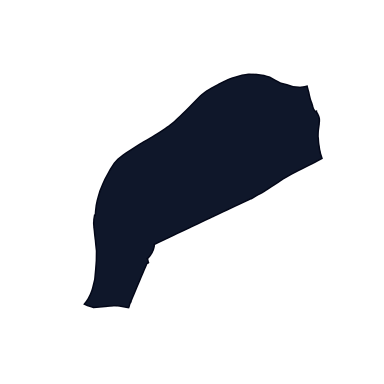 the district of Zwijndrecht, Zuid-Holland, Netherlands, rotated 130°
{"feature_id": "6326949B25601261343635", "entity_name": "Zwijndrecht", "entity_type": "district", "adm_level": 2, "iso_a3": "NLD", "parent_name": "Netherlands", "parent_adm1": "Zuid-Holland", "projection": "natural_earth1", "projection_center": [4.609, 51.824], "detail": "fine", "context": "isolated", "style": "filled", "palette": "ink", "viewbox_px": 384, "rotation_deg": 130, "n_neighbors": 0, "source": "geoboundaries", "source_scale": "gbopen_adm2", "svg_char_len": 5091}
<svg xmlns="http://www.w3.org/2000/svg" viewBox="0 0 384 384"><g transform="rotate(130 192 192)"><path d="M36.9,171.9L38.6,173.1L39.2,173.6L39.8,174.1L40.8,175.0L41.4,175.6L42.0,176.1L42.5,176.6L42.7,176.9L43.3,177.8L46.4,182.2L48.8,188.2L51.7,194.2L52.0,195.6L52.2,196.7L53.0,200.2L54.1,206.3L55.6,209.5L56.6,212.0L56.8,212.2L60.6,218.3L64.3,222.9L64.8,223.6L65.4,224.3L65.8,224.7L67.0,225.7L68.7,227.2L70.0,228.4L70.5,228.8L71.0,229.1L72.3,230.0L73.2,230.6L74.7,231.6L76.8,233.0L79.0,234.5L80.1,235.1L80.7,235.5L81.9,236.1L82.8,236.6L83.0,236.7L85.3,237.7L86.9,238.5L87.2,238.6L89.7,239.7L92.2,240.8L93.0,241.0L95.9,242.2L98.7,243.3L99.6,243.7L101.7,244.4L104.0,245.2L105.0,245.6L107.5,246.2L109.4,246.6L111.2,247.0L112.0,247.1L113.2,247.3L125.8,248.3L128.6,248.5L133.3,248.9L138.0,249.4L141.3,249.7L145.0,250.2L149.7,250.7L152.7,251.3L155.0,251.8L156.2,252.0L158.4,252.7L160.6,253.2L166.4,254.9L170.7,256.3L172.4,256.9L174.4,257.5L176.5,258.2L177.2,258.5L179.0,259.1L181.5,260.0L183.5,260.8L184.8,261.3L185.4,261.5L186.4,261.8L188.0,262.4L189.2,262.8L193.0,264.0L200.5,266.3L201.1,266.5L204.3,267.5L208.1,268.5L214.5,269.8L219.9,270.0L227.1,269.1L232.0,268.1L238.0,266.9L243.3,265.4L250.5,263.1L255.5,260.9L259.4,259.1L263.7,256.8L268.4,253.7L272.0,251.1L272.4,251.7L274.9,250.2L275.6,249.8L276.5,249.2L277.2,248.6L278.8,247.5L279.6,246.8L281.5,244.9L282.2,244.3L283.0,243.4L284.4,241.9L286.5,239.8L290.4,235.7L290.6,235.4L291.6,234.4L292.4,233.6L293.5,232.5L296.3,229.6L298.5,227.3L306.1,221.1L312.9,216.2L321.4,210.3L329.5,206.3L332.1,205.2L335.7,204.0L340.4,202.9L343.8,202.5L347.1,202.4L346.2,199.1L345.0,196.3L343.8,193.3L343.8,193.2L337.9,187.3L337.7,187.1L336.9,186.3L335.7,185.1L334.7,184.1L334.4,183.8L334.2,183.7L331.9,181.4L330.4,179.8L329.2,178.7L329.0,178.4L328.0,177.1L327.1,176.0L326.8,175.6L326.1,174.5L325.9,174.2L325.3,173.1L324.6,171.9L323.8,170.5L323.0,169.1L322.1,167.5L321.5,166.5L321.3,166.2L320.6,166.5L320.3,166.6L319.7,166.8L319.1,167.1L318.5,167.4L318.0,167.6L317.7,167.7L317.3,167.9L316.8,168.0L316.3,168.3L316.2,168.0L315.8,168.1L315.4,168.2L315.5,168.4L315.0,168.6L314.5,168.8L313.8,168.9L311.7,169.6L308.7,170.5L306.4,171.2L302.3,172.5L300.1,173.2L294.1,175.0L289.7,176.4L285.3,177.7L281.5,178.9L279.3,179.5L275.9,180.6L274.9,180.2L274.4,179.9L274.2,179.9L274.2,180.0L274.0,180.3L273.9,180.4L273.7,180.6L273.2,181.3L272.5,182.1L272.4,182.3L272.2,182.6L271.9,183.1L271.6,183.4L271.6,183.5L271.2,183.3L270.8,183.2L270.4,183.2L269.8,183.2L269.6,183.2L269.4,183.2L269.2,183.2L268.9,183.2L268.7,183.2L268.3,183.2L268.1,183.2L267.9,183.2L267.7,183.2L267.5,183.3L267.2,183.3L266.9,183.3L266.7,183.3L266.3,183.4L265.6,183.5L265.4,183.5L265.2,183.5L264.9,183.6L264.6,183.6L264.4,183.7L264.2,183.7L264.0,183.8L263.8,183.8L263.6,183.8L263.4,183.9L263.1,184.0L262.5,184.2L262.3,184.2L262.1,184.3L261.9,184.3L261.5,184.4L261.3,184.5L261.1,184.6L260.9,184.7L260.7,184.7L260.6,184.8L260.4,184.9L260.2,185.0L259.6,185.2L259.5,185.3L259.3,185.4L259.2,185.4L259.0,185.5L258.8,185.6L258.7,185.7L258.5,185.8L258.3,185.9L258.1,186.0L257.8,186.1L257.6,186.3L257.4,186.4L257.1,186.7L257.0,186.8L256.9,186.9L256.5,187.3L255.6,186.8L252.6,185.5L245.4,182.2L245.1,182.1L242.6,180.9L233.2,176.7L227.1,173.8L222.3,171.6L220.4,170.7L220.0,170.6L215.7,168.6L213.2,167.4L207.8,165.0L207.4,164.8L205.8,164.1L205.1,163.8L204.3,163.4L203.5,163.0L202.7,162.7L202.0,162.3L201.2,161.9L200.3,161.5L199.6,161.2L198.2,160.6L197.3,160.1L196.6,159.8L196.1,159.6L195.2,159.2L193.1,158.2L187.1,155.5L183.2,153.6L181.8,153.0L180.5,152.4L175.0,149.9L172.5,148.7L167.1,146.2L165.8,145.6L165.0,145.2L164.3,144.9L161.8,143.7L159.9,142.9L159.5,142.6L159.4,142.6L159.3,142.4L158.9,142.2L156.4,141.3L155.7,141.1L155.1,140.9L154.6,140.7L153.9,140.5L153.6,140.4L152.6,140.0L152.1,139.9L151.6,139.7L151.2,139.5L150.8,139.3L150.0,139.0L149.8,138.9L149.7,138.8L148.9,138.5L148.0,138.1L146.9,137.7L145.9,137.4L145.1,137.1L144.8,137.0L143.6,136.7L141.8,136.1L140.1,135.6L137.0,134.7L129.0,132.2L127.4,131.8L125.7,131.3L124.3,130.9L124.1,130.9L123.5,130.7L121.6,130.0L120.3,129.5L117.0,128.3L114.3,127.3L107.3,124.4L104.4,123.1L102.8,122.4L99.7,121.1L96.9,119.9L95.1,119.1L92.9,118.1L91.4,117.5L90.8,117.2L87.4,115.9L82.7,114.0L82.5,114.3L81.5,115.9L80.0,118.3L78.7,119.9L77.4,121.7L77.3,121.8L76.9,122.2L76.6,122.6L75.2,124.1L74.2,125.3L73.0,126.6L71.7,127.9L69.9,129.6L68.5,131.1L66.9,132.4L65.1,133.8L64.4,134.3L63.7,134.8L61.2,136.4L58.5,138.1L58.1,138.4L56.6,139.5L55.9,139.9L54.4,141.2L54.4,141.4L53.8,142.1L53.7,142.0L53.3,142.5L52.7,143.4L52.2,144.3L51.9,145.0L51.6,145.6L51.2,146.5L51.4,146.6L51.1,147.1L51.2,147.3L50.8,147.8L50.7,148.0L50.1,148.6L50.3,148.7L50.7,148.7L50.6,149.0L50.8,149.1L51.2,149.2L51.2,149.3L51.0,150.2L50.9,150.5L50.8,150.8L50.6,151.4L50.5,151.8L50.4,152.1L50.2,152.4L50.1,152.7L50.0,153.0L49.8,153.2L49.6,153.5L49.3,153.9L49.2,154.2L49.0,154.6L48.6,154.9L48.1,155.7L47.5,156.6L46.9,157.5L46.6,158.1L46.4,158.5L45.8,159.5L44.9,161.0L44.4,161.7L43.8,162.5L42.5,164.3L40.5,166.8L39.3,168.6L38.2,170.1L38.1,170.3L36.9,171.9Z" fill="#0f172a" stroke="#020617" stroke-width="1.5"/></g></svg>